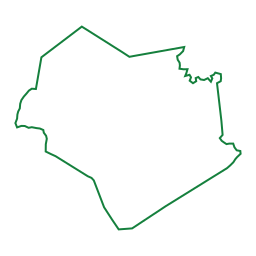 Santana dos Garrotes, Paraíba, Brazil
{"feature_id": "56859067B10532449227644", "entity_name": "Santana dos Garrotes", "entity_type": "district", "adm_level": 2, "iso_a3": "BRA", "parent_name": "Brazil", "parent_adm1": "Paraíba", "projection": "albers", "projection_center": [-37.95, -7.392], "detail": "fine", "context": "isolated", "style": "outline", "palette": "green", "viewbox_px": 256, "rotation_deg": 0, "n_neighbors": 0, "source": "geoboundaries", "source_scale": "gbopen_adm2", "svg_char_len": 1120}
<svg xmlns="http://www.w3.org/2000/svg" viewBox="0 0 256 256"><path d="M23.8,96.6L21.4,100.1L20.2,103.8L19.8,108.4L18.2,111.5L17.4,114.5L17.1,118.6L15.4,123.1L17.1,127.4L21.4,125.9L24.8,126.0L28.6,127.8L31.8,127.2L36.5,128.1L39.8,128.5L43.3,130.0L43.8,132.7L46.1,135.8L46.8,138.8L45.8,144.2L45.7,151.5L51.0,154.1L55.6,156.2L87.7,176.2L91.5,177.9L93.8,180.4L104.1,207.3L112.2,219.8L118.7,229.4L132.1,228.4L165.7,206.2L227.1,168.1L230.5,165.1L233.4,162.2L235.3,159.2L237.1,157.1L240.6,153.8L240.3,151.0L236.7,150.3L234.5,147.4L233.2,143.6L229.2,143.6L226.5,144.1L224.2,142.6L221.7,140.8L219.8,138.1L222.6,134.9L221.4,120.9L217.0,83.2L220.7,81.2L221.1,78.3L220.8,74.1L215.3,72.6L213.7,74.8L210.9,76.0L212.3,78.4L210.9,81.7L207.8,78.2L204.1,80.0L200.5,79.4L198.3,77.0L195.7,78.1L196.2,81.2L193.0,83.2L189.7,80.7L191.0,77.3L189.5,74.8L185.2,76.0L186.3,73.3L187.5,69.2L183.6,69.3L179.5,68.7L179.9,65.5L179.6,62.7L177.7,59.7L177.1,56.2L179.8,54.4L183.1,51.1L184.2,47.0L135.4,55.7L129.4,56.8L122.2,52.1L81.8,26.6L41.4,57.3L35.9,89.0L31.8,88.7L28.9,90.6L26.7,93.3L23.8,96.6Z" fill="none" stroke="#15803d" stroke-width="2"/></svg>